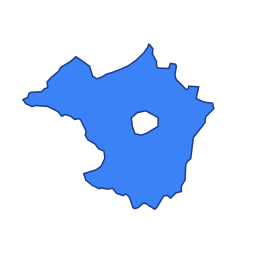 an SVG outline of Leicestershire, rotated 249°
{"feature_id": "GBR-2054", "entity_name": "Leicestershire", "entity_type": "Kingdom", "adm_level": 1, "iso_a3": "GBR", "parent_name": "United Kingdom", "parent_adm1": "", "projection": "mercator", "projection_center": [-1.072, 52.67], "detail": "fine", "context": "isolated", "style": "filled", "palette": "blue", "viewbox_px": 256, "rotation_deg": 249, "n_neighbors": 0, "source": "natural_earth", "source_scale": "10m", "svg_char_len": 1432}
<svg xmlns="http://www.w3.org/2000/svg" viewBox="0 0 256 256"><g transform="rotate(249 128 128)"><path d="M192.1,40.1L192.5,45.3L195.7,47.9L196.2,50.0L192.8,60.3L194.6,64.0L194.5,67.5L200.0,69.0L202.7,74.3L206.0,83.9L208.7,86.8L210.8,98.6L213.3,104.8L207.6,108.9L199.3,114.3L189.2,113.5L185.1,116.5L185.1,122.6L186.0,127.2L185.5,132.5L185.5,143.1L186.0,150.7L188.3,159.8L192.4,169.6L196.6,175.6L198.8,177.4L198.0,178.1L193.1,179.6L188.0,177.3L180.2,178.4L174.6,176.7L173.0,177.9L169.1,187.3L173.1,190.8L170.5,195.3L168.2,195.3L160.9,190.9L156.2,190.3L143.3,196.0L142.7,196.9L143.4,198.7L145.3,199.6L141.1,208.7L131.0,202.2L124.9,208.3L120.8,215.9L115.3,215.0L110.7,204.7L105.3,201.6L95.7,185.6L77.0,175.6L75.5,171.6L73.1,168.8L58.9,162.5L54.7,157.0L49.6,155.1L50.2,149.1L47.2,142.8L51.2,140.3L51.7,136.8L43.3,126.1L42.7,123.7L51.5,117.3L52.2,114.8L50.0,109.0L50.4,105.3L51.9,104.1L62.6,104.5L66.3,103.1L67.1,102.3L66.6,99.2L71.3,93.8L77.1,92.0L78.4,86.8L82.0,80.6L81.6,79.4L87.4,74.1L94.3,70.0L101.3,70.3L100.4,83.1L101.9,89.2L108.1,95.6L115.0,97.3L119.0,93.2L125.0,91.4L131.1,86.5L136.5,85.4L139.9,87.8L153.2,86.6L154.4,85.1L155.1,81.2L159.5,78.8L163.2,74.0L162.6,70.9L163.1,70.1L168.4,68.6L176.9,60.8L182.1,49.8L182.4,46.1L187.5,41.2L192.1,40.1ZM127.1,159.8L137.7,150.7L139.0,142.3L136.3,134.7L127.5,132.5L120.2,132.5L116.5,137.8L116.5,143.8L118.8,156.7L127.1,159.8Z" fill="#3b82f6" stroke="#1e3a8a" stroke-width="1.5"/></g></svg>